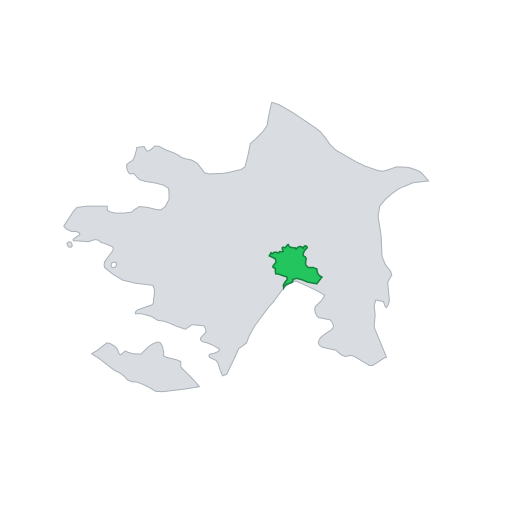 İmişli on a map of Azerbaijan (Robinson projection), rotated 340°
{"feature_id": "AZE-1704", "entity_name": "İmişli", "entity_type": "District", "adm_level": 1, "iso_a3": "AZE", "parent_name": "Azerbaijan", "parent_adm1": "", "projection": "robinson", "projection_center": [48.046, 39.851], "detail": "fine", "context": "in_parent", "style": "filled", "palette": "green", "viewbox_px": 512, "rotation_deg": 340, "n_neighbors": 0, "source": "natural_earth", "source_scale": "10m", "svg_char_len": 4676}
<svg xmlns="http://www.w3.org/2000/svg" viewBox="0 0 512 512"><g transform="rotate(340 256 256)"><path d="M344.0,395.8L342.1,395.6L328.2,398.8L325.3,397.8L313.5,383.4L311.0,381.8L305.9,381.1L302.9,378.8L300.5,374.9L299.1,372.1L286.9,364.3L285.1,361.4L284.8,358.9L286.6,356.6L288.7,354.7L294.6,352.8L301.6,351.1L303.8,349.9L305.0,347.8L304.9,344.5L303.8,341.3L293.7,335.3L292.6,332.7L292.3,329.6L292.9,326.3L294.5,323.7L302.6,320.2L307.0,316.6L304.2,312.6L295.5,303.4L285.0,293.2L278.1,293.1L270.0,296.1L257.2,304.8L250.1,308.5L240.8,314.6L230.7,321.4L222.4,328.6L217.2,334.6L208.0,337.2L203.3,342.2L187.9,357.2L183.5,357.1L183.3,349.6L183.6,343.7L182.6,340.3L177.7,335.6L177.6,333.6L178.9,332.4L182.8,333.1L187.7,332.9L190.0,331.0L184.8,324.9L180.2,320.8L176.2,318.0L175.3,316.3L175.3,315.2L176.2,313.8L183.0,310.4L183.7,307.3L183.2,303.8L172.5,298.7L164.5,300.6L157.3,294.8L152.7,290.4L147.0,285.6L141.8,283.0L137.0,277.0L128.4,270.9L122.9,269.1L123.0,268.2L124.1,267.0L126.4,266.1L141.6,266.3L143.5,265.2L144.5,262.6L146.6,258.7L149.1,253.0L149.0,248.2L133.7,240.5L122.7,233.3L115.1,223.9L109.9,215.3L110.2,212.4L111.7,209.7L123.7,201.7L124.5,199.7L124.3,198.3L120.1,194.2L114.8,190.0L113.1,187.0L109.8,185.4L103.4,185.3L92.3,180.2L90.0,179.6L89.5,178.6L90.0,177.6L98.0,175.5L97.9,173.8L95.5,171.5L91.1,169.9L87.0,165.8L85.6,162.1L100.1,151.3L104.4,149.2L113.8,151.2L133.2,158.3L131.9,162.3L133.8,164.5L138.3,167.5L146.8,170.6L154.1,172.2L157.8,170.8L163.4,169.7L170.7,173.2L177.4,177.7L180.7,179.5L182.5,180.1L187.6,178.6L193.8,172.8L196.2,165.8L196.9,162.4L193.4,157.8L186.1,152.8L177.9,148.3L172.6,144.4L169.3,136.7L165.9,135.9L165.0,134.9L164.5,132.3L164.7,128.6L165.9,125.8L169.2,124.6L172.6,124.1L175.6,121.4L179.5,116.1L181.1,113.2L188.3,114.9L189.2,119.6L190.5,120.6L193.4,120.1L198.4,118.1L202.3,119.6L207.3,125.2L214.3,131.2L218.0,135.2L219.5,137.9L223.1,140.6L228.3,143.8L232.5,148.7L236.1,160.1L239.9,162.8L253.4,167.1L258.1,168.0L271.4,169.6L276.1,168.5L282.9,158.6L289.1,148.4L294.8,146.3L305.2,141.4L311.4,136.8L314.0,131.8L319.8,122.3L323.4,117.0L329.5,121.7L340.1,134.5L355.3,155.3L359.0,161.2L361.5,168.1L363.6,176.3L367.1,183.7L382.6,202.1L389.3,208.9L400.2,217.7L404.1,219.7L409.1,220.2L418.4,220.3L427.0,223.7L431.3,226.1L435.7,229.7L439.7,233.7L443.8,244.5L428.8,240.9L413.8,241.5L405.3,243.8L397.1,247.0L389.3,251.5L384.4,260.2L380.3,280.4L374.3,299.4L374.6,308.2L377.3,316.7L377.0,320.7L374.2,322.4L370.7,326.0L366.1,343.4L363.8,346.9L360.8,349.1L360.0,347.0L360.2,342.4L353.5,338.4L350.1,342.9L347.7,352.5L342.9,362.6L342.7,364.6L344.0,395.8ZM121.7,217.1L122.4,214.4L120.5,213.2L118.5,213.1L116.8,214.5L116.8,217.8L119.1,218.4L121.7,217.1ZM71.5,296.0L69.2,293.2L68.2,291.6L74.9,290.3L86.0,286.6L89.0,288.4L92.2,292.2L93.7,295.5L94.0,301.5L95.3,302.5L100.7,300.5L103.0,302.9L107.2,305.9L114.3,308.8L124.7,304.2L129.9,303.1L134.1,303.2L136.4,304.6L137.1,309.3L136.3,315.1L135.0,318.3L137.2,320.6L145.7,326.2L149.2,329.4L147.4,334.8L153.6,348.0L155.7,353.1L158.2,359.4L145.2,357.0L121.9,351.6L115.5,348.9L109.4,341.5L105.9,338.0L100.6,333.4L96.2,331.7L92.9,328.5L91.0,323.8L88.3,319.6L83.5,314.6L72.9,297.7L71.5,296.0ZM86.8,183.6L85.4,184.5L83.2,183.6L82.5,181.5L82.7,179.3L84.9,178.8L86.7,179.5L87.2,181.4L86.8,183.6Z" fill="#d9dde1" stroke="#a8b0b8" stroke-width="1"/><path d="M282.5,291.3L282.4,291.3L281.7,292.4L281.0,293.0L280.1,293.2L275.0,293.1L273.4,293.5L272.1,294.4L271.1,295.4L271.7,292.7L274.6,290.2L277.4,288.7L277.9,286.2L275.5,284.5L273.2,282.6L271.0,280.7L268.4,279.5L268.9,277.1L270.0,274.2L268.8,273.4L268.0,272.1L268.9,270.9L270.3,270.2L272.9,268.4L273.1,265.2L270.9,262.8L268.5,260.4L271.3,258.0L272.0,259.4L273.4,259.0L274.0,258.7L274.7,258.8L275.3,259.1L276.1,259.3L276.6,259.5L277.7,260.7L278.2,260.9L278.6,260.8L279.2,260.1L279.6,259.9L280.0,259.9L280.6,260.3L280.9,260.4L282.1,260.9L282.9,261.1L283.2,260.7L283.2,258.9L283.2,258.0L283.4,257.3L284.2,256.9L285.0,257.3L285.8,257.9L286.4,258.2L287.8,257.3L289.2,256.3L290.2,256.2L290.6,258.5L291.1,259.4L294.7,261.5L295.3,261.7L295.9,261.8L296.2,262.1L296.1,263.2L298.3,262.2L299.5,261.9L300.7,262.1L301.2,262.4L301.8,262.8L302.3,263.4L302.7,264.7L303.3,264.6L304.1,263.7L304.4,263.6L304.7,263.4L305.1,263.2L305.7,263.2L306.3,263.5L306.6,264.0L307.1,264.8L307.0,265.7L306.1,266.3L304.8,266.7L303.4,267.7L302.1,268.9L301.1,270.3L300.5,271.7L301.1,272.7L302.0,273.6L302.3,275.4L301.4,277.2L300.3,279.2L299.7,281.4L300.4,283.3L301.5,284.9L305.5,286.2L308.7,288.9L308.6,290.0L308.2,291.0L308.1,292.8L308.2,294.7L309.2,296.6L310.8,298.3L303.6,302.9L295.7,298.3L291.3,294.2L286.6,290.9L282.5,290.6L282.5,291.3L282.5,291.3Z" fill="#22c55e" stroke="#15803d" stroke-width="1.5"/></g></svg>